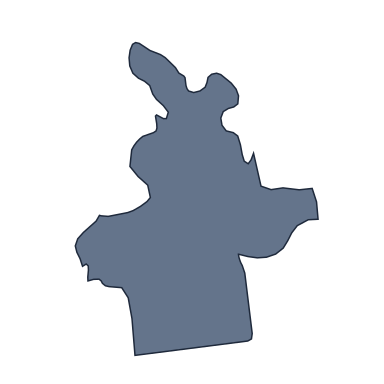 the Province of Zamboanga del Sur, rotated 173°
{"feature_id": "PHL-2522", "entity_name": "Zamboanga del Sur", "entity_type": "Province", "adm_level": 1, "iso_a3": "PHL", "parent_name": "Philippines", "parent_adm1": "", "projection": "natural_earth1", "projection_center": [123.35, 7.8], "detail": "fine", "context": "isolated", "style": "filled", "palette": "slate", "viewbox_px": 384, "rotation_deg": 173, "n_neighbors": 0, "source": "natural_earth", "source_scale": "10m", "svg_char_len": 1669}
<svg xmlns="http://www.w3.org/2000/svg" viewBox="0 0 384 384"><g transform="rotate(173 192 192)"><path d="M306.1,116.4L306.1,116.5L305.8,120.2L304.3,127.2L304.0,131.3L304.4,131.8L305.8,133.4L309.7,131.6L311.2,139.4L313.6,146.2L314.4,152.7L311.1,159.5L304.7,165.1L290.7,174.8L286.7,180.1L285.0,179.4L278.1,178.0L258.3,179.4L252.7,180.7L244.9,184.0L237.8,188.0L234.0,191.6L235.1,204.2L243.6,213.9L250.5,224.9L246.7,241.2L244.0,244.9L240.8,248.3L237.3,251.1L234.0,253.2L223.0,255.6L220.2,257.0L219.0,259.8L218.7,263.9L219.0,271.8L217.8,272.8L211.4,268.3L208.5,268.0L205.8,274.1L209.9,281.2L216.0,288.3L219.0,294.0L221.0,302.8L225.6,307.7L231.2,311.4L236.2,317.1L238.4,324.7L238.1,332.9L236.1,340.3L233.0,345.8L229.8,347.2L226.2,345.9L216.5,337.6L206.5,332.2L202.2,328.6L193.3,317.5L190.6,311.7L186.0,308.1L185.0,306.3L185.0,298.4L184.4,295.2L183.1,292.7L178.2,290.5L171.8,291.3L166.2,294.4L163.8,298.8L162.1,303.8L158.1,306.5L153.1,306.9L149.1,305.0L139.8,295.3L135.7,288.7L134.1,281.8L135.8,273.9L140.2,271.3L145.7,270.5L151.2,268.0L154.4,261.9L154.1,254.6L150.6,248.5L143.8,245.9L139.8,242.0L138.2,233.0L137.6,223.0L136.4,216.2L132.8,213.2L129.5,216.6L126.2,222.9L122.8,189.4L113.2,184.7L101.2,185.0L85.3,181.1L72.3,180.9L69.6,167.0L70.2,149.6L80.0,150.3L91.6,145.8L98.0,139.3L102.9,132.0L108.3,125.2L116.5,120.2L126.0,118.2L135.2,118.7L144.3,121.1L153.4,124.6L153.5,124.6L153.4,121.7L152.9,118.7L152.2,115.8L151.1,112.9L149.5,105.1L149.5,44.2L150.9,38.9L154.8,37.3L268.4,36.8L268.5,36.8L267.0,73.6L268.2,94.8L273.4,105.6L285.9,108.2L289.4,109.5L292.0,112.2L293.0,114.9L294.9,116.8L300.3,117.3L306.1,116.4Z" fill="#64748b" stroke="#1e293b" stroke-width="1.5"/></g></svg>